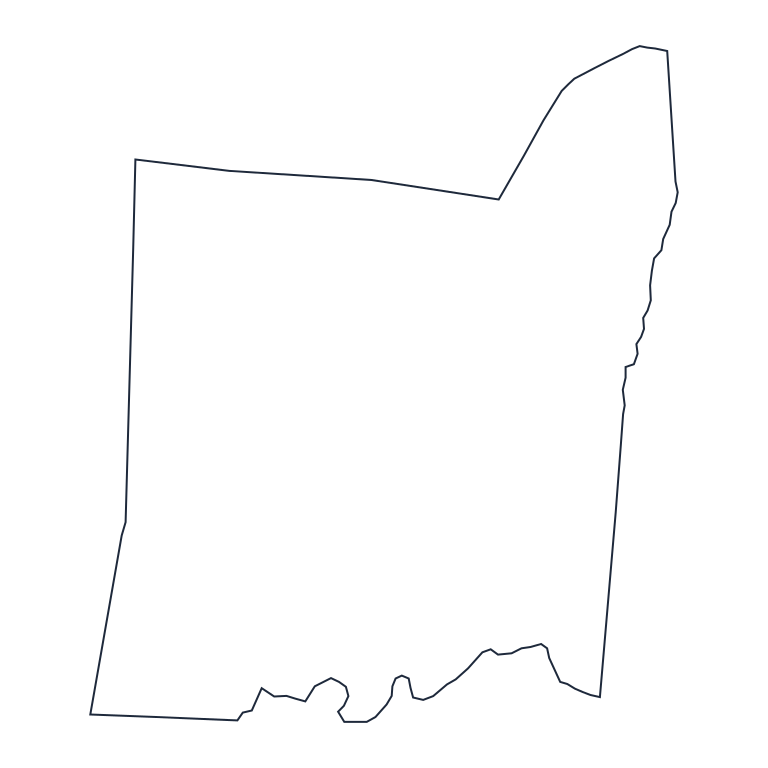 Boa Vista, Paraíba, Brazil
{"feature_id": "56859067B8000436166889", "entity_name": "Boa Vista", "entity_type": "district", "adm_level": 2, "iso_a3": "BRA", "parent_name": "Brazil", "parent_adm1": "Paraíba", "projection": "equal_earth", "projection_center": [-36.175, -7.261], "detail": "fine", "context": "isolated", "style": "outline", "palette": "slate", "viewbox_px": 768, "rotation_deg": 0, "n_neighbors": 0, "source": "geoboundaries", "source_scale": "gbopen_adm2", "svg_char_len": 1265}
<svg xmlns="http://www.w3.org/2000/svg" viewBox="0 0 768 768"><path d="M667.2,51.0L655.2,48.5L647.3,47.6L639.7,46.1L632.1,49.1L623.1,53.9L616.9,56.9L608.6,60.9L594.5,68.1L574.3,78.7L568.4,84.2L561.7,90.9L543.5,120.3L523.9,155.7L498.7,199.5L371.5,180.0L229.4,170.9L135.4,159.5L133.2,248.7L125.6,522.2L121.7,535.5L90.3,714.5L156.0,717.0L227.2,720.0L237.4,720.4L242.8,712.6L251.8,710.5L261.7,688.2L274.2,696.5L286.5,695.9L295.2,698.6L305.3,701.4L314.8,686.3L331.0,678.1L339.0,681.9L345.9,686.8L348.4,696.1L343.9,705.8L338.1,711.7L344.3,721.9L366.7,721.9L375.5,717.0L386.6,704.5L391.7,695.9L392.4,686.3L395.6,678.5L401.8,675.6L408.7,678.5L410.5,687.8L413.1,697.5L423.2,699.9L433.2,696.1L447.0,684.4L455.7,679.4L468.0,668.4L482.4,652.3L490.7,649.3L498.0,654.6L511.6,653.3L521.5,648.3L530.5,647.0L541.1,644.0L547.1,648.3L549.2,658.0L560.2,681.9L567.3,684.0L575.0,688.7L582.9,692.1L590.5,695.0L599.9,697.1L615.7,512.5L620.8,445.4L623.1,414.1L624.7,405.4L622.8,389.8L625.6,377.7L625.6,367.0L633.9,364.2L637.6,353.8L636.4,344.1L641.1,336.9L644.0,328.9L643.2,317.9L647.6,310.5L650.8,300.3L650.1,285.3L651.9,270.7L654.1,258.4L661.4,250.2L663.2,239.0L669.7,224.8L671.5,211.7L675.7,203.0L677.7,192.3L675.5,181.5L667.2,51.0Z" fill="none" stroke="#1e293b" stroke-width="2"/></svg>